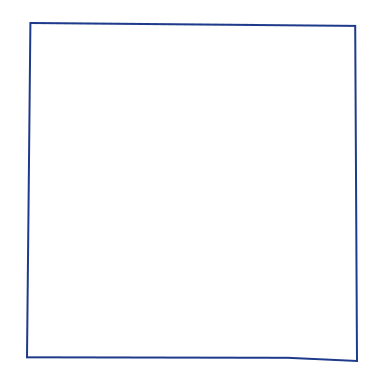 the district of Crawford, Michigan, United States of America
{"feature_id": "52423323B93401682772599", "entity_name": "Crawford", "entity_type": "district", "adm_level": 2, "iso_a3": "USA", "parent_name": "United States of America", "parent_adm1": "Michigan", "projection": "orthographic", "projection_center": [-84.626, 44.683], "detail": "fine", "context": "isolated", "style": "outline", "palette": "blue", "viewbox_px": 384, "rotation_deg": 0, "n_neighbors": 0, "source": "geoboundaries", "source_scale": "gbopen_adm2", "svg_char_len": 193}
<svg xmlns="http://www.w3.org/2000/svg" viewBox="0 0 384 384"><path d="M30.4,23.0L27.0,357.3L288.0,357.8L357.0,361.0L355.2,25.9L30.4,23.0Z" fill="none" stroke="#1e3a8a" stroke-width="2"/></svg>